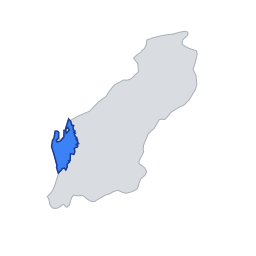 Vlorë, Vlorë, Albania shown in context, rotated 45°
{"feature_id": "67620474B72762453157270", "entity_name": "Vlorë", "entity_type": "district", "adm_level": 2, "iso_a3": "ALB", "parent_name": "Albania", "parent_adm1": "Vlorë", "projection": "equal_earth", "projection_center": [19.584, 40.349], "detail": "fine", "context": "in_parent", "style": "filled", "palette": "blue", "viewbox_px": 256, "rotation_deg": 45, "n_neighbors": 0, "source": "geoboundaries", "source_scale": "gbopen_adm2", "svg_char_len": 2251}
<svg xmlns="http://www.w3.org/2000/svg" viewBox="0 0 256 256"><g transform="rotate(45 128 128)"><path d="M82.4,74.7L82.6,71.0L83.5,65.3L83.0,63.4L83.5,60.1L81.8,55.7L79.0,52.5L81.7,46.9L85.6,40.2L89.3,34.9L93.7,29.3L96.6,24.0L99.8,19.4L102.5,18.0L103.9,19.0L104.6,21.0L104.4,26.9L105.4,28.9L107.2,30.5L111.2,29.7L115.6,28.2L121.5,25.1L122.5,25.3L124.7,26.9L129.3,34.1L132.4,40.4L138.4,42.6L141.8,45.1L146.1,48.8L148.2,52.6L151.2,64.1L151.5,71.1L150.7,74.3L150.0,75.1L147.3,86.5L148.0,92.3L148.0,96.2L145.7,97.7L144.2,100.1L146.7,109.6L146.5,113.7L146.6,118.3L151.1,129.0L153.7,132.3L156.0,133.8L159.1,143.6L160.9,145.3L168.1,144.4L171.7,145.5L173.1,147.8L173.4,149.4L173.0,154.9L174.8,159.2L177.3,163.5L177.3,166.2L175.7,170.5L172.8,175.6L169.0,177.6L164.7,179.3L162.7,183.2L161.7,187.4L159.8,190.6L158.7,194.0L156.9,201.0L156.5,203.6L153.6,206.1L149.1,207.2L145.1,207.4L142.4,208.6L141.0,211.0L138.5,212.9L137.0,213.8L137.0,215.9L138.9,220.4L141.0,224.0L141.0,226.9L140.0,227.7L136.7,227.4L136.0,228.4L135.7,231.7L134.8,234.5L133.5,236.2L131.1,238.0L126.8,237.4L122.8,234.6L120.7,233.8L119.5,233.8L119.2,227.0L117.4,221.7L111.0,209.0L90.3,196.7L85.4,191.1L83.3,186.5L81.1,182.1L83.2,182.0L85.2,183.1L87.8,184.4L88.8,182.2L87.7,177.4L82.4,166.2L82.0,163.1L84.6,153.8L89.0,143.3L88.7,130.6L90.1,121.0L88.6,114.8L87.9,107.2L91.0,97.1L93.7,94.6L95.4,91.4L95.5,80.6L89.4,75.6L82.4,74.7Z" fill="#d9dde1" stroke="#a8b0b8" stroke-width="1"/><path d="M79.6,163.6L84.9,173.6L85.1,170.2L88.0,171.0L88.0,175.4L86.0,173.9L84.4,175.0L89.2,179.9L89.4,185.0L87.8,188.0L86.1,187.6L86.0,186.7L86.1,184.8L85.2,183.2L83.9,181.9L82.3,180.2L81.3,180.0L80.2,180.2L78.7,181.7L82.8,187.4L83.4,190.2L87.1,195.2L94.2,198.9L104.1,204.6L105.3,206.4L110.6,209.2L110.6,204.4L110.3,203.1L111.3,201.4L113.7,201.7L112.7,198.6L110.6,196.7L110.6,193.6L109.1,193.1L110.2,192.0L105.4,186.9L108.4,184.9L107.8,183.5L106.8,182.0L104.5,180.5L104.7,179.0L105.5,177.7L105.3,176.2L102.9,176.2L104.2,174.0L103.0,173.6L102.0,173.3L101.5,173.1L101.2,172.6L100.4,172.7L99.8,172.8L100.0,171.9L98.7,172.0L98.8,171.2L95.4,171.0L94.5,170.2L94.5,168.8L92.7,169.4L92.7,167.6L90.4,167.9L88.4,166.0L87.8,164.7L86.2,165.7L82.9,163.8L79.6,163.6Z" fill="#3b82f6" stroke="#1e3a8a" stroke-width="1.5"/></g></svg>